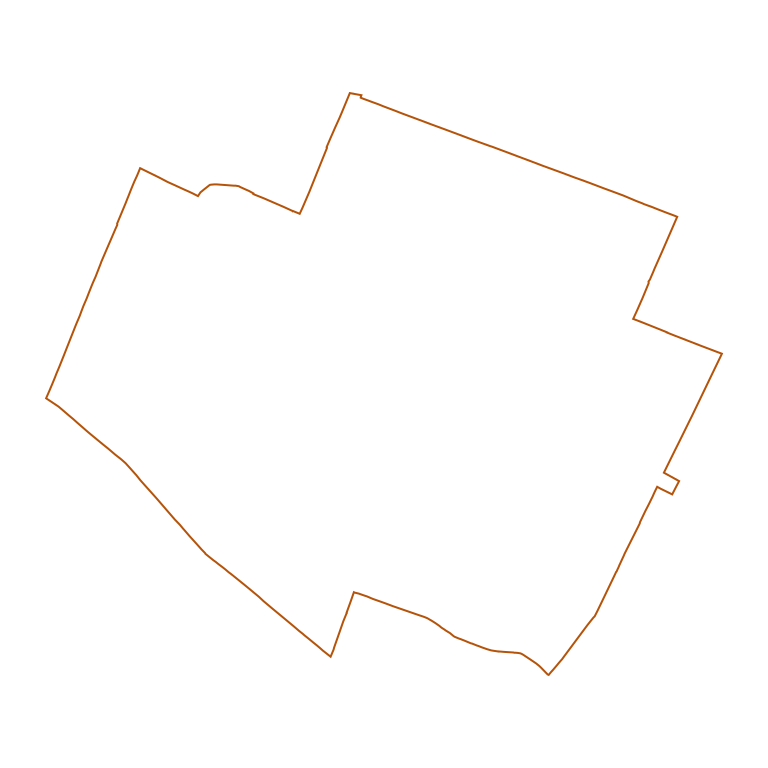 outline of Pogoanele, Buzau, Romania
{"feature_id": "2599482B73439197946852", "entity_name": "Pogoanele", "entity_type": "district", "adm_level": 2, "iso_a3": "ROU", "parent_name": "Romania", "parent_adm1": "Buzau", "projection": "mercator", "projection_center": [26.983, 44.903], "detail": "fine", "context": "isolated", "style": "outline", "palette": "amber", "viewbox_px": 768, "rotation_deg": 0, "n_neighbors": 0, "source": "geoboundaries", "source_scale": "gbopen_adm2", "svg_char_len": 4254}
<svg xmlns="http://www.w3.org/2000/svg" viewBox="0 0 768 768"><path d="M548.7,674.9L550.9,672.2L553.0,669.9L555.3,667.2L556.9,665.3L558.2,663.7L559.3,662.4L560.6,660.9L562.1,659.2L562.8,658.2L564.2,656.3L567.1,652.4L582.5,631.7L587.2,625.4L588.6,623.6L593.4,617.6L594.7,616.3L597.3,611.2L604.2,596.9L614.8,574.8L616.2,571.8L616.5,571.6L616.8,571.1L617.0,570.6L617.5,569.4L618.1,568.2L618.6,567.1L619.5,564.9L620.0,563.9L622.0,559.5L622.8,557.8L623.2,556.9L623.6,556.1L624.7,553.5L639.8,523.4L639.9,522.4L645.4,510.9L648.6,504.7L649.7,502.5L651.3,499.2L652.6,496.6L653.9,493.6L655.4,490.4L657.2,486.8L660.8,488.8L672.2,494.4L674.6,489.7L679.1,481.1L663.9,472.7L674.9,450.4L679.6,441.0L689.5,420.9L691.6,416.7L711.5,375.3L718.7,360.4L721.1,355.4L721.7,354.1L721.9,353.7L717.8,352.2L715.7,351.4L699.9,345.4L686.8,340.3L674.4,335.5L666.9,332.5L667.0,332.3L643.8,323.0L633.2,318.9L637.9,308.6L641.4,300.6L642.4,298.4L648.7,283.1L648.5,281.5L649.9,279.6L652.6,273.3L652.8,272.9L654.4,269.0L654.9,267.8L655.5,266.5L662.1,251.6L672.7,227.2L677.2,216.8L676.5,216.5L674.5,215.7L670.8,214.3L667.0,212.9L657.2,209.1L652.5,207.2L643.9,204.1L642.5,203.4L636.5,201.1L623.5,195.6L612.2,191.4L604.0,188.4L589.3,182.8L584.9,181.2L584.4,181.0L574.3,177.4L562.6,173.0L553.3,169.6L543.1,165.9L530.2,161.0L517.9,156.4L516.6,155.9L491.8,146.6L490.1,146.1L478.7,142.0L474.9,140.6L445.5,129.6L430.8,124.2L410.8,116.7L405.9,114.9L401.9,113.4L395.0,110.7L386.8,107.6L383.6,106.4L378.2,104.2L371.0,101.6L367.3,100.2L363.9,99.0L361.7,98.1L360.7,97.7L360.7,97.2L361.4,95.2L356.4,94.3L349.8,93.1L349.5,93.9L342.1,111.8L339.6,117.7L335.2,127.4L330.5,138.1L326.6,147.2L327.0,147.8L326.5,149.2L326.3,149.6L319.7,166.0L309.4,191.7L302.6,207.5L299.7,213.8L298.3,213.2L292.9,211.0L292.6,211.2L292.4,210.9L284.3,207.2L263.8,198.3L254.0,194.4L253.2,193.9L253.4,193.4L249.1,191.0L244.3,188.9L242.2,187.9L240.5,187.2L239.0,186.3L237.8,186.0L236.9,185.9L235.8,185.7L234.2,185.7L227.5,185.2L216.8,184.4L214.3,184.4L211.8,184.6L210.1,184.8L209.4,185.2L203.2,190.1L201.9,191.2L200.5,192.3L198.0,196.1L197.3,195.8L197.1,195.6L195.0,194.6L194.5,194.3L192.9,193.5L189.3,191.8L184.1,189.5L175.0,185.3L168.1,182.2L166.9,181.6L158.7,177.3L141.6,168.9L140.1,168.2L139.0,171.0L137.0,175.8L136.8,176.1L136.7,176.5L136.2,177.5L136.0,177.9L135.7,178.6L134.3,181.6L132.1,186.9L130.2,191.6L129.0,194.7L128.8,195.2L128.5,196.0L127.7,197.9L125.5,203.5L117.5,222.7L117.1,223.7L117.3,224.8L115.5,228.8L111.0,239.3L107.1,248.3L103.8,256.0L101.1,262.3L101.0,262.8L95.5,276.9L93.0,282.5L91.4,286.4L88.5,293.7L86.7,298.4L83.5,305.8L81.5,311.0L79.8,315.7L76.1,324.4L66.8,347.9L63.9,355.3L59.3,366.8L56.1,374.4L55.1,377.1L52.3,383.9L49.3,391.0L46.1,398.3L58.4,406.5L58.9,406.9L65.1,412.2L68.7,415.3L71.8,417.9L72.7,418.6L77.6,423.0L83.7,428.3L86.2,430.5L87.7,431.8L90.8,434.4L96.5,439.1L103.3,444.7L108.4,448.8L115.3,454.7L121.3,459.4L125.7,463.3L126.5,464.2L127.4,465.2L131.8,470.1L135.0,473.7L136.2,475.0L140.0,479.8L142.0,482.1L154.1,495.6L156.5,498.3L174.7,519.4L179.9,524.8L182.8,528.3L186.8,532.9L189.8,536.4L192.8,539.7L196.6,543.9L201.5,549.4L205.1,553.1L205.4,553.8L213.2,560.1L216.1,562.2L217.8,563.6L219.6,565.0L222.3,567.0L225.7,569.7L228.6,572.2L231.3,574.2L247.1,587.0L258.8,596.7L263.6,601.2L273.0,609.1L280.0,614.9L293.6,626.2L299.2,631.0L303.0,634.0L304.3,635.2L308.3,638.4L313.4,642.6L317.0,645.5L320.4,648.4L323.1,650.8L323.9,651.4L330.6,656.7L333.6,649.6L333.9,648.4L334.0,647.9L339.3,632.8L343.3,621.3L346.5,613.5L346.5,613.4L346.8,613.0L346.6,612.7L350.8,601.1L353.9,592.2L354.9,592.7L355.1,592.7L358.8,593.6L363.3,595.2L363.6,595.3L365.4,595.9L366.7,596.3L372.8,598.9L380.5,601.6L385.8,603.5L390.6,605.3L392.7,606.1L401.1,609.0L419.9,615.5L421.2,615.9L424.1,616.9L427.1,618.1L432.1,621.0L435.1,622.9L439.3,625.8L441.4,627.6L444.2,629.4L446.2,630.8L450.0,633.1L453.7,636.2L454.5,636.7L455.4,637.1L457.9,638.1L458.2,638.3L460.6,639.1L464.9,640.8L468.0,642.1L471.1,643.4L471.9,643.5L477.1,645.6L478.2,645.9L481.7,647.3L487.1,649.2L487.8,649.4L490.9,650.3L491.8,650.5L498.3,651.5L498.3,651.4L504.3,651.9L513.6,652.5L514.1,652.7L516.9,652.8L520.2,653.3L521.5,653.8L523.1,654.7L530.2,659.4L536.1,663.4L539.1,665.8L540.7,667.3L547.7,674.5L548.7,674.9Z" fill="none" stroke="#b45309" stroke-width="2"/></svg>